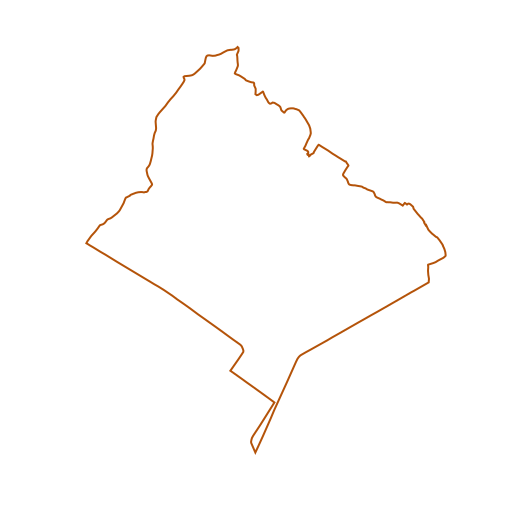 Sai Mai, Bangkok Metropolis, Thailand, rotated 213°
{"feature_id": "78962969B64116960890602", "entity_name": "Sai Mai", "entity_type": "district", "adm_level": 2, "iso_a3": "THA", "parent_name": "Thailand", "parent_adm1": "Bangkok Metropolis", "projection": "robinson", "projection_center": [100.659, 13.912], "detail": "fine", "context": "isolated", "style": "outline", "palette": "amber", "viewbox_px": 512, "rotation_deg": 213, "n_neighbors": 0, "source": "geoboundaries", "source_scale": "gbopen_adm2", "svg_char_len": 6089}
<svg xmlns="http://www.w3.org/2000/svg" viewBox="0 0 512 512"><g transform="rotate(213 256 256)"><path d="M385.3,421.2L385.3,420.6L385.7,419.5L385.9,419.0L386.4,417.9L387.1,417.1L388.8,415.6L389.6,415.1L390.5,414.3L392.0,412.9L393.4,410.5L394.5,408.5L395.5,406.5L396.7,404.8L397.9,403.5L398.6,402.7L398.9,402.2L399.7,401.5L401.3,400.3L401.9,400.0L404.2,399.0L405.1,398.4L405.5,398.1L406.0,397.5L406.1,397.1L406.3,396.5L406.0,394.8L405.4,393.2L404.2,390.2L404.0,389.7L404.0,389.1L404.5,385.2L404.9,382.6L405.6,379.8L406.7,375.7L407.2,374.4L407.5,373.8L408.2,372.7L409.5,371.4L410.3,370.7L413.8,367.9L414.3,366.9L414.0,366.5L413.8,366.2L412.3,365.3L412.1,365.0L411.8,364.6L411.5,362.8L411.5,360.1L411.6,356.6L411.8,353.5L411.9,349.5L412.4,344.9L413.1,340.8L413.3,338.8L413.5,337.0L413.7,332.4L415.0,324.0L415.2,321.9L415.2,319.1L415.2,318.4L414.9,317.5L414.2,315.7L413.5,314.2L412.7,313.1L409.4,308.8L408.9,307.8L408.4,306.7L408.2,305.8L408.1,304.9L407.9,303.8L407.2,301.6L405.9,298.6L405.3,296.9L404.3,294.5L403.9,293.7L402.3,291.7L401.2,290.1L399.4,286.8L398.8,285.7L397.8,283.5L396.8,280.6L396.0,278.4L395.1,275.4L394.9,274.1L394.9,272.8L395.0,271.8L395.2,270.5L395.2,270.0L395.1,269.6L394.7,268.6L394.0,267.7L392.3,266.0L391.2,264.9L390.0,264.0L387.9,262.8L382.9,260.1L382.2,259.5L382.1,259.3L382.0,259.0L382.1,257.2L382.4,255.7L382.5,253.7L382.2,251.5L382.2,251.1L382.4,250.7L382.9,249.9L383.7,249.4L384.3,248.6L384.6,248.3L385.9,247.8L387.3,247.0L389.5,245.3L391.4,243.3L392.1,242.2L392.8,241.4L393.2,240.7L394.0,239.7L394.6,238.6L394.6,237.9L394.7,237.7L396.6,234.5L396.8,234.3L396.9,233.5L396.7,232.3L396.1,229.5L395.8,228.2L395.6,225.7L395.2,220.2L395.3,218.7L395.8,216.0L397.9,209.8L398.6,208.3L400.0,206.5L400.5,205.5L400.6,204.9L400.8,201.9L401.0,200.9L401.4,199.8L401.8,199.1L402.2,198.6L403.3,197.3L403.5,197.1L403.6,196.7L403.7,196.0L403.8,192.8L404.1,189.2L404.4,187.2L405.0,183.7L405.1,182.8L405.4,176.5L405.2,174.3L403.4,174.4L401.4,174.4L397.2,174.6L388.6,174.8L382.7,175.1L369.4,175.4L330.1,176.8L326.1,176.9L321.2,177.2L314.2,177.3L304.2,177.1L298.6,176.7L291.3,176.5L282.1,176.1L273.0,175.5L251.5,174.6L229.1,173.4L221.7,173.1L220.6,173.0L219.3,172.7L218.3,172.2L216.1,170.7L214.9,169.6L214.6,169.0L214.4,168.5L214.4,167.9L214.4,165.5L214.5,159.7L215.0,145.8L202.4,145.3L194.7,144.9L189.6,144.7L171.1,143.8L160.8,143.2L160.5,124.6L160.4,115.5L160.5,103.8L160.3,101.2L159.7,99.3L159.0,97.6L158.4,96.8L157.9,96.4L149.5,90.8L150.4,97.3L152.1,108.7L155.2,127.8L156.8,136.7L161.3,166.9L164.8,189.0L165.2,192.4L165.1,194.5L164.9,195.7L164.6,196.8L164.2,197.7L161.8,202.4L159.0,207.6L150.1,224.5L147.6,229.6L145.7,233.2L133.9,256.1L127.2,269.0L123.8,275.4L112.7,297.0L106.0,310.2L104.5,312.9L96.8,327.9L98.3,330.7L98.7,331.3L101.2,334.0L103.4,336.9L103.7,337.3L105.5,340.5L106.8,342.1L106.9,342.3L106.9,342.5L103.4,346.7L102.0,348.7L100.8,351.3L100.2,352.4L99.7,353.3L98.1,356.1L97.7,357.0L97.4,358.1L97.1,359.1L97.2,359.6L97.4,360.0L99.2,362.2L100.3,363.2L102.0,364.6L103.4,365.5L104.9,366.4L105.0,366.7L106.4,367.4L110.7,369.2L114.1,370.3L114.5,370.3L115.2,370.1L115.8,370.1L119.0,370.5L120.4,370.6L123.2,371.2L125.4,371.8L125.9,372.0L127.7,373.1L130.1,374.6L130.2,374.1L133.1,375.5L133.1,375.9L133.2,376.1L137.0,377.8L138.8,378.1L141.9,379.0L143.2,379.3L148.8,381.2L149.4,381.4L149.7,381.6L151.0,382.8L151.3,382.9L154.6,383.4L155.3,383.4L156.3,383.2L156.6,383.0L157.0,382.6L157.4,381.4L157.5,381.4L159.6,381.6L160.1,381.5L160.3,379.4L160.4,378.2L160.6,378.2L161.0,378.2L164.6,378.1L166.2,377.8L166.5,377.7L169.8,375.5L170.5,375.1L171.7,374.6L172.8,374.1L175.2,372.6L175.6,372.3L176.1,372.1L176.5,372.0L178.9,372.0L180.0,371.9L181.7,371.6L183.4,371.5L186.1,371.0L187.9,371.0L188.1,371.1L189.4,371.8L189.5,371.9L189.6,372.1L190.3,372.6L192.0,373.6L192.3,373.7L193.0,373.8L193.7,373.7L198.9,372.4L199.9,372.4L200.6,372.4L201.3,372.3L203.2,371.8L204.3,371.9L205.1,371.8L206.6,371.2L208.4,370.4L209.6,369.9L211.1,369.3L212.1,368.8L213.0,368.2L214.6,367.4L216.0,366.9L216.7,366.8L217.3,366.9L218.7,367.7L219.3,368.3L221.7,369.9L222.7,370.2L224.4,370.4L225.3,370.6L226.5,370.9L226.9,371.1L227.1,371.3L227.4,371.8L227.6,372.7L227.8,376.9L227.8,380.5L227.7,381.6L227.7,382.1L227.8,382.2L228.2,382.5L230.5,383.4L232.1,384.2L232.3,384.2L232.9,383.8L233.2,383.8L238.2,383.7L240.9,383.6L243.9,383.6L247.5,383.5L252.8,383.7L256.8,383.6L259.9,383.5L263.5,383.5L264.0,383.4L264.2,382.5L264.2,380.8L264.2,379.9L264.1,375.0L263.8,373.7L264.2,372.8L265.2,371.1L265.4,370.0L265.6,368.7L265.8,368.5L266.8,369.6L267.1,369.8L267.3,369.8L267.4,369.7L267.7,369.1L267.8,369.0L268.0,369.1L268.6,369.5L268.4,370.4L268.3,370.7L268.4,371.0L268.8,371.6L269.4,372.0L270.1,372.1L270.8,372.1L273.8,371.7L274.1,371.8L274.3,371.9L274.4,372.7L274.6,375.5L275.0,377.6L275.6,381.5L275.7,382.7L275.6,383.4L276.0,385.4L276.3,387.0L276.8,388.6L277.5,389.6L279.8,392.3L282.6,394.5L288.7,397.6L290.5,398.4L291.4,398.7L293.3,399.6L293.5,399.6L294.7,400.1L297.1,401.0L299.0,401.6L299.4,401.6L301.7,401.2L302.2,401.1L303.1,400.7L304.1,400.5L305.2,400.1L306.8,399.1L307.7,398.4L308.5,397.7L309.2,396.9L309.6,396.1L309.9,395.3L310.1,394.7L310.2,393.6L310.2,391.9L310.3,391.7L310.9,391.5L311.8,391.7L312.9,391.8L313.9,392.0L314.7,392.5L316.0,393.6L316.8,394.2L318.0,394.5L319.2,394.6L321.5,394.5L323.2,394.5L324.1,394.4L325.7,393.7L326.1,392.6L326.6,391.9L327.0,391.5L327.4,391.3L327.6,391.3L328.5,391.4L329.3,391.6L332.2,393.2L334.1,394.0L336.3,395.3L339.1,397.3L339.5,397.6L339.8,397.6L339.9,397.4L341.5,393.3L341.8,392.7L342.1,392.2L342.8,391.5L343.0,391.3L344.6,391.4L345.9,393.8L346.6,394.9L347.3,396.0L348.0,396.5L350.2,397.9L350.5,398.2L351.4,399.5L351.6,399.8L351.8,399.9L352.2,400.1L352.9,400.0L353.8,399.5L355.1,399.0L357.0,398.5L359.9,397.9L360.3,397.9L361.9,398.4L366.6,398.4L368.6,398.3L371.7,397.6L372.5,397.5L373.2,397.6L373.3,397.8L373.6,399.1L373.7,400.3L374.0,402.0L374.5,404.6L374.8,405.7L375.6,406.9L376.8,408.3L378.2,410.1L379.4,411.8L380.7,413.5L381.6,414.3L381.8,415.1L382.3,418.2L382.7,419.1L383.4,420.2L384.2,421.1L384.3,421.1L385.3,421.2Z" fill="none" stroke="#b45309" stroke-width="2"/></g></svg>